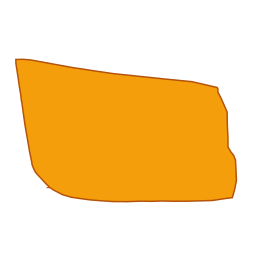 Reduit Park, Gros Islet, Saint Lucia, rotated 262°
{"feature_id": "8701671B38188499976025", "entity_name": "Reduit Park", "entity_type": "district", "adm_level": 2, "iso_a3": "LCA", "parent_name": "Saint Lucia", "parent_adm1": "Gros Islet", "projection": "natural_earth1", "projection_center": [-60.956, 14.066], "detail": "fine", "context": "isolated", "style": "filled", "palette": "amber", "viewbox_px": 256, "rotation_deg": 262, "n_neighbors": 0, "source": "geoboundaries", "source_scale": "gbopen_adm2", "svg_char_len": 1207}
<svg xmlns="http://www.w3.org/2000/svg" viewBox="0 0 256 256"><g transform="rotate(262 128 128)"><path d="M80.2,41.0L80.0,42.3L77.1,45.4L74.8,48.7L71.9,52.8L74.2,49.5L71.1,53.9L68.6,59.4L67.5,61.7L65.6,68.0L63.1,76.8L62.1,80.5L59.7,91.1L58.1,98.9L57.8,100.3L57.2,103.2L56.6,107.3L56.0,111.5L55.2,116.7L53.8,130.2L52.7,137.3L52.2,140.4L51.1,150.6L50.7,153.2L50.2,156.4L49.0,163.7L48.4,168.4L47.4,175.4L44.5,201.0L44.5,205.1L44.6,213.6L44.5,221.6L51.6,224.8L61.0,228.1L81.4,230.0L86.4,228.7L90.3,226.4L95.3,224.4L104.3,225.6L117.2,226.8L130.1,228.4L144.2,224.4L151.1,222.0L154.2,222.5L155.7,221.9L158.0,215.9L165.0,197.7L170.2,176.2L171.0,172.8L173.2,164.0L183.9,121.0L189.2,102.8L190.9,97.2L195.8,80.7L208.9,41.2L210.6,33.7L211.5,26.5L207.8,26.0L203.2,26.0L202.4,26.1L196.0,26.1L194.7,26.2L183.6,26.2L176.2,26.4L169.5,26.2L168.9,26.5L166.5,26.4L161.8,26.4L154.6,26.4L152.3,26.4L145.6,26.4L138.6,26.6L133.7,26.8L124.0,27.1L121.0,27.2L120.3,27.2L118.7,27.2L117.9,27.3L116.1,27.4L114.3,27.5L111.3,27.7L107.9,27.9L105.1,27.9L103.3,28.3L102.0,28.6L100.6,29.0L98.7,29.6L97.2,30.2L95.0,31.5L92.7,33.1L90.0,35.0L84.1,39.1L81.9,40.8L80.5,41.8L80.2,41.0Z" fill="#f59e0b" stroke="#b45309" stroke-width="1.5"/></g></svg>